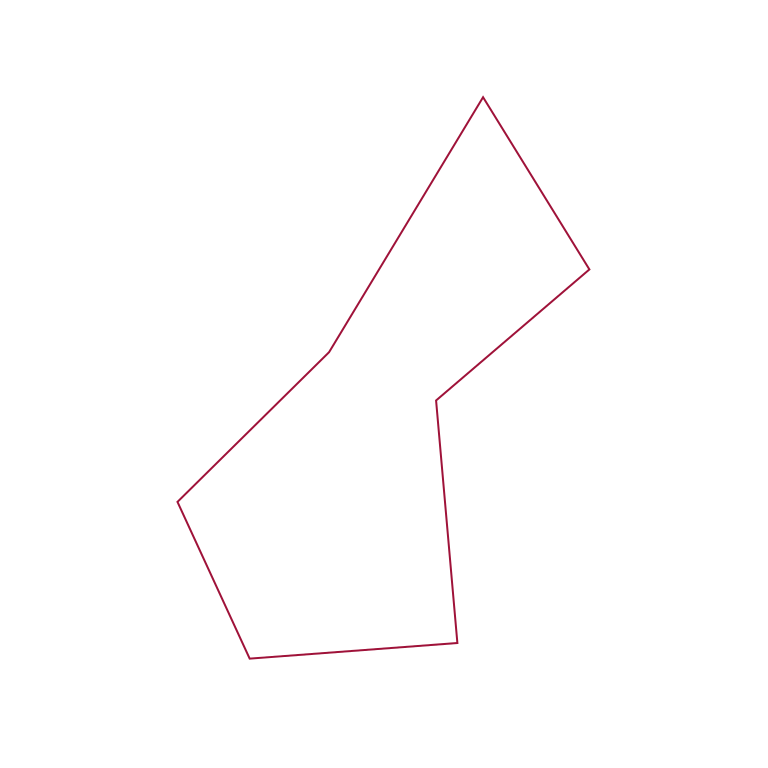 outline of Covington, Virginia, United States of America, rotated 19°
{"feature_id": "52423323B91815007109121", "entity_name": "Covington", "entity_type": "district", "adm_level": 2, "iso_a3": "USA", "parent_name": "United States of America", "parent_adm1": "Virginia", "projection": "albers", "projection_center": [-79.988, 37.781], "detail": "fine", "context": "isolated", "style": "outline", "palette": "rose", "viewbox_px": 768, "rotation_deg": 19, "n_neighbors": 0, "source": "geoboundaries", "source_scale": "gbopen_adm2", "svg_char_len": 260}
<svg xmlns="http://www.w3.org/2000/svg" viewBox="0 0 768 768"><g transform="rotate(19 384 384)"><path d="M227.1,562.7L346.4,687.4L537.7,605.0L438.6,382.6L540.9,208.8L384.3,80.6L321.7,371.8L227.1,562.7Z" fill="none" stroke="#9f1239" stroke-width="2"/></g></svg>